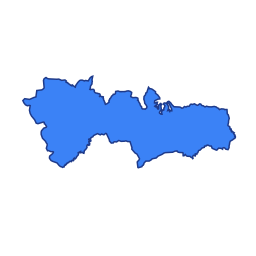 Dong Luang, Mukdahan, Thailand (Mercator projection), rotated 7°
{"feature_id": "78962969B66357052438621", "entity_name": "Dong Luang", "entity_type": "district", "adm_level": 2, "iso_a3": "THA", "parent_name": "Thailand", "parent_adm1": "Mukdahan", "projection": "mercator", "projection_center": [104.389, 16.783], "detail": "fine", "context": "isolated", "style": "filled", "palette": "blue", "viewbox_px": 256, "rotation_deg": 7, "n_neighbors": 0, "source": "geoboundaries", "source_scale": "gbopen_adm2", "svg_char_len": 5827}
<svg xmlns="http://www.w3.org/2000/svg" viewBox="0 0 256 256"><g transform="rotate(7 128 128)"><path d="M224.0,97.6L222.7,97.7L221.9,98.0L221.2,97.6L219.9,97.5L218.1,97.7L216.5,98.6L215.9,98.1L215.7,97.5L214.1,97.1L213.1,96.4L210.9,96.1L208.1,96.9L205.5,97.1L203.2,96.8L202.3,97.5L201.5,97.6L200.1,96.8L198.5,96.7L197.3,95.4L196.2,95.3L194.4,97.0L193.4,96.9L191.0,95.9L189.0,96.8L188.1,96.6L187.1,96.9L186.0,99.1L184.2,99.2L183.0,100.1L181.4,99.8L180.1,101.4L179.1,101.8L177.5,101.0L176.5,100.9L171.1,101.3L168.7,99.4L167.3,97.8L165.3,96.5L164.2,97.0L163.6,97.9L165.4,98.5L166.1,99.2L169.0,103.8L169.4,105.6L168.9,105.7L168.5,105.2L168.0,105.8L167.0,104.9L167.1,106.1L166.5,105.4L165.3,105.9L165.8,104.1L165.9,102.8L165.3,101.2L164.2,99.7L162.7,98.7L161.0,98.7L160.6,99.0L160.4,100.0L161.9,101.3L161.8,102.7L161.2,103.9L161.3,105.8L160.6,106.1L159.9,105.9L160.1,106.5L159.5,107.2L159.5,109.0L160.1,110.1L159.1,110.3L157.5,109.4L157.3,108.6L158.8,105.4L157.8,101.4L158.4,101.0L158.7,100.3L158.0,100.2L157.5,99.6L157.1,99.7L156.7,100.5L155.6,101.5L155.9,102.2L155.7,102.8L156.1,105.2L155.6,105.6L155.1,105.4L154.4,104.4L154.6,103.6L154.1,103.0L153.0,103.7L152.5,103.5L153.2,102.7L152.3,102.7L153.3,101.6L154.0,101.2L154.1,100.8L153.8,100.5L154.1,98.8L153.3,98.9L152.1,100.0L151.2,99.9L151.2,97.7L154.2,95.7L156.0,95.3L155.8,94.1L153.5,91.6L151.1,90.2L150.9,88.6L147.4,86.6L145.7,86.2L144.4,86.4L143.9,85.4L143.4,85.0L142.3,90.5L141.4,91.1L141.3,92.9L140.1,94.7L140.2,97.5L141.1,99.5L141.6,101.4L143.5,103.4L144.2,104.5L144.1,105.8L142.7,107.3L142.1,107.1L140.0,107.3L139.4,106.8L138.8,105.1L137.9,104.5L137.1,103.3L137.0,102.6L135.4,100.7L135.0,99.7L134.2,99.3L134.5,98.8L134.3,97.6L134.0,97.1L132.2,96.7L129.0,97.3L126.9,96.5L126.9,95.3L127.3,94.2L127.3,92.2L125.8,91.4L124.2,91.1L122.7,91.3L120.6,92.2L115.6,92.9L113.6,92.5L111.3,93.2L111.3,95.4L110.5,96.2L109.3,96.3L108.8,97.5L107.8,98.4L107.2,100.2L106.4,101.1L106.4,101.7L105.9,102.6L106.1,103.0L105.7,103.5L106.1,104.6L104.3,106.4L102.7,107.3L102.2,106.4L102.1,105.6L101.5,105.1L101.3,104.3L100.3,103.1L100.3,102.2L99.8,101.8L99.7,100.1L98.7,100.0L98.3,100.3L97.7,99.9L96.6,99.8L96.1,100.2L95.9,100.0L96.3,99.7L96.4,98.8L96.1,97.9L95.0,97.4L94.1,97.6L93.8,97.3L91.4,97.1L90.5,96.5L90.0,95.6L90.0,94.8L89.2,93.9L87.6,94.0L86.2,94.5L85.4,94.3L85.7,93.3L85.7,90.9L86.9,88.6L86.7,87.6L86.9,86.2L86.4,84.7L86.7,80.9L85.5,81.5L84.2,82.9L82.8,86.1L80.0,86.0L79.0,86.6L76.9,86.1L75.2,86.3L74.2,86.8L72.7,88.8L71.0,92.0L70.7,93.9L70.2,93.7L70.1,93.3L69.6,93.3L68.4,92.7L67.5,92.9L67.5,92.5L67.2,92.8L66.9,92.3L66.3,92.7L65.7,92.6L65.2,92.0L63.4,91.2L63.0,90.7L62.7,90.7L62.3,90.2L61.2,90.3L60.8,89.9L61.0,88.8L59.6,88.0L56.4,88.8L53.4,87.9L51.4,88.3L43.2,88.9L41.7,88.6L40.6,87.9L40.2,88.0L38.7,89.4L38.3,91.1L39.9,98.4L38.6,100.1L37.7,100.7L32.9,101.9L32.8,108.4L31.0,109.1L26.8,111.6L21.9,111.5L20.3,113.6L21.6,115.7L23.4,117.5L25.4,118.2L27.3,117.6L28.2,117.7L28.0,122.3L29.1,125.4L30.8,127.9L34.4,131.3L36.3,134.4L38.1,134.7L42.8,132.6L43.7,132.4L44.2,132.7L44.4,134.0L45.4,134.4L47.0,136.5L46.9,137.0L46.5,137.4L44.4,138.4L42.5,141.3L42.3,142.6L42.6,145.0L44.4,148.6L47.8,151.3L48.6,152.6L49.7,153.7L49.9,154.9L49.4,158.1L50.9,160.4L51.8,160.1L54.4,160.9L56.4,160.6L56.9,160.9L56.9,161.4L56.2,162.7L53.7,165.4L53.6,166.7L53.8,167.7L55.5,169.6L57.0,170.2L61.8,171.3L64.1,173.5L65.6,174.5L66.9,174.6L67.7,175.1L68.8,174.5L69.2,174.5L69.2,173.8L69.5,173.6L69.6,172.9L70.2,172.6L70.2,172.2L70.5,172.3L70.6,171.9L71.1,171.8L71.3,170.8L71.8,170.7L71.8,170.3L72.6,170.0L72.7,169.6L73.4,169.5L73.9,168.5L74.5,168.1L75.6,168.3L75.6,168.0L76.0,168.0L76.1,167.3L76.4,167.4L77.2,166.7L77.7,167.1L78.0,166.9L78.1,166.2L77.6,165.6L77.8,165.2L78.3,164.5L78.6,165.1L79.4,165.1L80.4,163.6L80.4,162.9L81.9,160.8L82.0,159.8L81.6,158.7L82.6,158.5L82.5,157.9L83.9,157.0L84.1,158.3L86.0,157.7L86.7,158.5L87.3,158.5L87.5,155.6L88.5,154.7L89.7,152.4L89.3,151.0L89.8,149.5L90.5,149.2L90.7,149.8L91.1,150.0L91.9,149.5L91.9,147.8L91.1,147.4L90.8,146.3L92.3,145.8L92.8,145.3L92.4,144.6L90.8,144.7L90.4,144.4L90.4,143.9L91.0,143.5L92.3,143.3L92.4,142.0L94.2,141.0L94.7,139.7L98.4,137.3L101.3,138.2L102.5,137.2L104.9,137.7L106.5,136.1L107.3,136.2L110.8,141.8L111.2,143.2L113.2,145.0L115.2,144.6L115.6,143.7L116.2,143.3L118.4,143.2L120.4,141.5L122.8,142.1L126.3,141.5L127.5,141.0L129.3,141.5L131.7,141.3L134.4,147.2L134.3,148.5L138.0,151.9L140.1,152.8L143.1,156.9L143.1,157.9L141.3,160.6L142.6,165.9L143.0,166.2L146.5,164.7L146.9,163.4L147.6,163.1L148.1,162.0L148.0,161.2L149.7,158.7L153.1,158.2L155.0,156.7L155.8,155.6L159.7,154.3L161.3,152.2L164.9,150.1L166.9,148.4L168.1,147.9L175.3,146.6L177.4,145.3L179.4,144.8L179.5,145.2L180.8,145.9L182.4,146.0L185.4,145.8L185.7,146.2L186.1,148.8L186.9,148.8L188.1,147.3L189.3,148.5L190.3,148.8L193.1,148.6L194.1,149.4L195.1,149.6L196.0,150.5L196.3,150.0L195.5,149.2L196.1,147.3L196.6,147.1L198.1,147.6L198.3,147.1L197.8,145.7L198.2,145.4L199.5,145.6L199.6,144.7L200.3,144.0L200.8,141.8L202.3,141.1L204.0,138.8L206.1,137.9L206.2,136.7L207.6,136.4L207.8,135.9L208.3,135.9L208.7,135.3L209.7,135.3L211.2,135.9L212.9,135.8L214.0,137.9L218.4,139.2L219.1,138.9L220.1,137.3L220.6,136.9L223.1,136.9L224.4,137.5L224.4,136.5L225.6,135.8L226.4,136.0L227.6,137.1L229.9,137.3L230.7,135.2L230.5,133.4L230.8,131.1L230.6,130.7L231.1,128.6L233.3,127.0L234.1,126.0L235.2,125.4L235.7,124.3L235.7,123.6L235.4,123.2L235.1,123.3L235.3,122.7L234.7,122.2L234.8,121.8L234.2,121.6L234.1,121.0L233.3,120.5L233.3,120.1L233.8,119.7L232.5,119.0L231.7,119.3L231.2,119.1L231.4,118.7L231.1,118.6L231.2,118.0L230.9,118.0L230.7,117.2L230.4,117.6L230.1,117.3L230.3,117.3L230.4,116.5L230.0,116.5L229.3,115.9L228.9,115.4L229.1,115.0L228.7,114.2L227.3,113.7L226.8,113.1L227.1,110.0L226.9,108.7L227.3,106.0L225.9,102.7L224.8,101.8L224.0,97.6Z" fill="#3b82f6" stroke="#1e3a8a" stroke-width="1.5"/></g></svg>